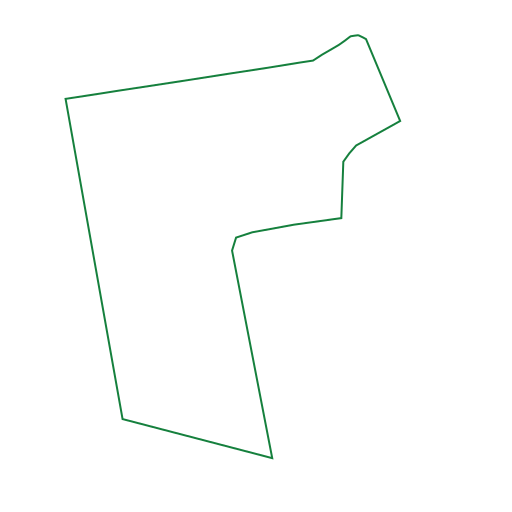 Siwa, Matruh, Egypt, rotated 81°
{"feature_id": "37247803B75450946768070", "entity_name": "Siwa", "entity_type": "district", "adm_level": 2, "iso_a3": "EGY", "parent_name": "Egypt", "parent_adm1": "Matruh", "projection": "albers", "projection_center": [25.471, 28.699], "detail": "fine", "context": "isolated", "style": "outline", "palette": "green", "viewbox_px": 512, "rotation_deg": 81, "n_neighbors": 0, "source": "geoboundaries", "source_scale": "gbopen_adm2", "svg_char_len": 528}
<svg xmlns="http://www.w3.org/2000/svg" viewBox="0 0 512 512"><g transform="rotate(81 256 256)"><path d="M396.2,413.3L458.2,271.6L246.9,278.8L234.7,272.8L232.0,256.0L231.0,213.7L231.9,165.8L176.5,155.0L169.2,147.8L162.5,139.8L145.2,92.5L59.0,113.4L56.9,116.1L54.2,120.0L53.9,121.0L53.8,124.0L53.8,128.0L54.2,129.0L57.2,134.5L60.4,141.0L63.0,147.6L65.5,154.1L67.5,159.3L71.9,169.1L71.8,182.5L71.9,216.4L71.7,254.5L71.6,301.3L71.2,367.4L71.2,383.9L71.0,419.5L396.2,413.3Z" fill="none" stroke="#15803d" stroke-width="2"/></g></svg>